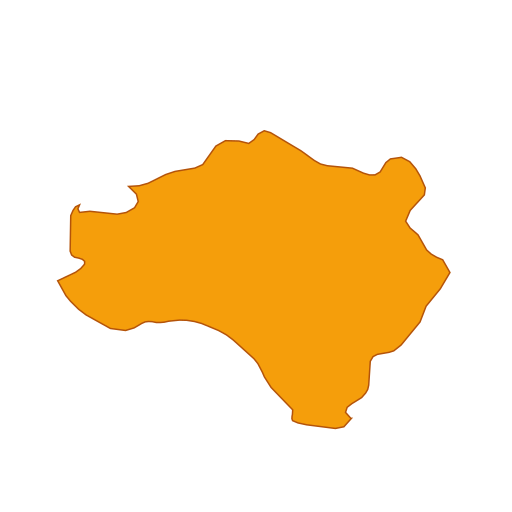 an SVG outline of Tây Ninh, rotated 110°
{"feature_id": "VNM-444", "entity_name": "Tây Ninh", "entity_type": "Province", "adm_level": 1, "iso_a3": "VNM", "parent_name": "Vietnam", "parent_adm1": "", "projection": "robinson", "projection_center": [106.175, 11.366], "detail": "fine", "context": "isolated", "style": "filled", "palette": "amber", "viewbox_px": 512, "rotation_deg": 110, "n_neighbors": 0, "source": "natural_earth", "source_scale": "10m", "svg_char_len": 1600}
<svg xmlns="http://www.w3.org/2000/svg" viewBox="0 0 512 512"><g transform="rotate(110 256 256)"><path d="M367.0,118.6L372.3,118.4L376.1,111.4L375.9,110.8L386.4,115.0L390.9,122.4L397.3,150.7L398.5,159.5L398.2,165.3L396.6,166.6L394.3,167.3L392.4,167.6L388.0,168.9L374.4,196.8L366.7,206.8L363.0,210.3L356.5,217.4L353.2,222.8L342.7,248.7L340.2,256.9L338.8,265.8L338.0,284.1L338.6,291.5L340.1,299.1L342.4,306.0L347.1,315.7L349.5,319.5L351.1,322.9L352.6,327.0L353.2,331.1L354.3,334.6L355.8,337.6L358.4,340.3L365.2,345.9L370.6,353.1L373.9,368.0L369.5,395.5L366.7,404.5L362.0,414.7L358.3,421.0L347.1,433.9L332.9,419.9L327.7,416.4L322.3,414.3L319.6,415.2L318.5,418.1L318.6,421.9L319.2,426.1L318.1,429.6L315.0,432.3L281.4,443.9L275.7,443.5L271.5,442.4L268.3,439.3L272.6,439.5L275.4,436.7L270.8,427.4L264.2,400.8L259.5,392.8L252.2,386.6L245.1,385.3L238.8,389.5L234.2,399.5L230.0,389.9L224.6,382.3L210.3,368.7L204.2,361.0L194.3,343.5L188.3,337.3L166.4,331.3L158.1,324.2L153.8,311.4L152.7,301.3L147.3,297.6L140.7,295.7L135.5,291.1L135.1,284.5L141.8,249.6L146.3,233.9L147.5,226.9L146.8,219.9L140.5,195.4L141.4,183.3L141.0,177.1L139.1,171.9L134.6,168.1L123.8,165.9L118.8,162.9L114.7,155.2L113.5,153.1L114.8,143.8L119.4,135.7L124.8,129.1L126.0,128.0L134.1,120.2L141.0,118.7L160.4,126.7L172.1,127.3L177.0,120.8L180.7,111.0L192.0,97.7L194.3,92.0L195.4,85.8L195.7,79.3L205.2,68.1L223.8,71.6L245.0,79.0L261.9,79.3L290.0,89.2L298.0,94.1L301.0,98.0L306.9,108.3L310.5,111.6L315.9,112.6L338.9,105.9L343.2,105.4L347.2,106.1L352.9,108.3L361.9,115.4L367.0,118.6Z" fill="#f59e0b" stroke="#b45309" stroke-width="1.5"/></g></svg>